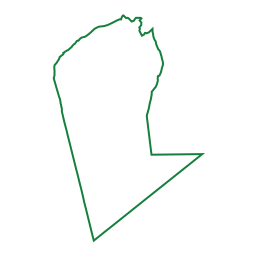 Seme, Nyanza, Kenya
{"feature_id": "3690345B94022064198400", "entity_name": "Seme", "entity_type": "district", "adm_level": 2, "iso_a3": "KEN", "parent_name": "Kenya", "parent_adm1": "Nyanza", "projection": "equal_earth", "projection_center": [34.518, -0.156], "detail": "fine", "context": "isolated", "style": "outline", "palette": "green", "viewbox_px": 256, "rotation_deg": 0, "n_neighbors": 0, "source": "geoboundaries", "source_scale": "gbopen_adm2", "svg_char_len": 3409}
<svg xmlns="http://www.w3.org/2000/svg" viewBox="0 0 256 256"><path d="M54.8,64.8L54.3,66.4L54.3,67.3L54.3,68.2L54.4,68.9L54.4,69.6L54.5,70.3L54.6,70.9L54.5,71.7L54.5,72.5L54.5,73.4L54.5,74.5L54.5,75.2L54.4,75.9L54.2,76.6L53.9,77.3L53.9,78.0L53.8,78.6L59.0,96.5L59.3,97.4L59.6,98.2L60.0,99.1L60.2,100.0L60.3,101.0L60.5,102.1L60.6,103.1L60.7,103.9L61.0,104.6L61.2,105.7L61.3,106.7L61.6,107.6L61.9,108.7L61.9,109.7L61.8,110.7L61.9,111.5L63.3,117.6L63.5,118.3L63.6,119.0L64.3,121.9L65.5,126.5L66.7,130.9L67.4,134.1L69.7,143.2L76.1,168.9L77.3,173.4L79.5,182.4L81.3,189.4L82.7,195.3L84.3,202.5L85.9,208.7L92.2,234.4L93.8,240.6L104.9,231.7L117.9,221.4L121.5,218.5L146.0,198.9L202.2,154.1L151.5,154.7L146.9,117.1L146.8,116.1L147.0,115.0L147.3,113.7L147.8,112.2L148.1,110.7L148.4,110.1L148.7,109.0L148.9,107.8L149.2,106.3L149.4,105.3L149.7,103.7L150.2,101.6L150.5,100.4L150.8,99.5L151.0,98.6L151.1,97.6L151.3,96.7L151.6,95.1L151.7,94.1L151.7,92.9L151.7,92.1L152.0,91.4L152.7,90.7L153.3,89.8L153.7,89.4L154.2,88.7L154.6,88.2L155.2,87.5L155.7,86.9L156.0,86.2L156.5,85.2L156.7,84.6L157.1,83.6L157.2,83.0L157.4,82.4L157.6,81.5L157.8,80.7L157.8,79.9L157.8,79.2L157.7,78.6L157.7,78.0L157.9,77.2L157.8,76.6L158.2,75.9L158.9,75.9L159.4,75.6L159.7,75.1L160.3,73.7L160.8,72.6L161.2,71.2L161.5,70.1L161.7,69.0L161.8,68.3L162.2,67.2L162.4,66.4L162.8,65.6L162.9,64.7L163.0,63.7L162.9,62.6L162.8,61.9L162.6,61.0L162.3,59.8L162.0,58.9L161.8,58.0L161.7,57.3L161.5,56.3L161.1,55.3L160.9,54.4L160.6,53.4L160.4,52.7L160.2,52.0L159.8,51.2L159.5,50.6L159.1,50.1L158.5,49.5L158.0,48.8L157.8,48.2L157.5,47.5L157.2,46.8L156.8,45.8L156.5,45.1L156.2,44.2L156.0,43.1L155.8,42.3L155.7,41.5L155.4,41.0L155.0,40.4L154.6,39.8L154.3,39.2L153.9,38.3L153.6,37.2L153.4,36.4L153.2,35.3L153.1,33.9L152.9,33.3L152.7,32.7L152.6,31.9L152.5,31.1L152.5,30.3L152.5,28.9L148.8,32.4L146.6,33.3L145.8,33.0L145.0,32.9L144.4,33.9L144.0,34.6L143.1,35.0L142.6,35.3L142.0,35.7L141.7,35.2L141.3,34.6L140.5,32.9L140.0,31.9L139.4,30.8L139.5,30.1L139.7,29.6L139.9,28.7L139.3,27.4L139.9,26.7L140.4,26.2L140.9,25.5L141.2,25.0L141.3,24.1L141.3,22.5L140.2,21.1L139.6,20.4L141.4,18.4L140.7,17.9L136.0,17.8L135.0,18.9L134.1,20.3L133.8,20.8L133.4,20.9L132.8,21.0L132.2,21.3L131.7,21.5L131.2,21.1L129.6,19.3L128.9,18.7L128.3,18.1L127.4,17.8L126.8,17.9L126.0,18.0L124.8,16.8L124.3,16.3L123.7,15.7L123.1,15.4L122.7,15.7L122.4,16.3L122.0,16.8L121.7,17.5L121.3,18.4L121.1,19.4L120.5,19.4L119.8,19.3L119.3,19.4L118.9,19.6L118.2,19.9L117.3,20.3L116.9,20.5L116.3,20.7L115.0,21.5L113.6,22.1L113.0,22.5L112.4,22.8L110.7,23.6L110.0,23.9L109.3,24.3L107.9,24.9L107.4,25.1L106.8,25.3L105.7,25.6L103.9,26.1L103.4,26.2L102.9,26.2L98.9,26.7L98.3,26.9L95.1,28.5L94.6,28.8L93.9,29.5L92.9,30.4L92.5,30.8L92.0,31.2L91.2,32.0L90.8,32.4L90.4,32.7L89.6,33.4L89.1,33.8L88.7,34.1L88.2,34.5L87.8,34.9L87.2,35.3L86.5,35.8L86.1,36.1L85.6,36.4L85.1,36.7L84.5,36.9L84.0,37.0L83.4,37.1L82.6,37.3L82.0,37.5L81.6,37.7L81.2,37.9L80.6,38.3L80.1,38.7L79.7,39.1L79.3,39.6L78.9,40.2L78.1,40.8L77.6,40.7L77.0,40.9L76.4,41.6L75.9,42.3L75.4,43.1L75.0,43.6L74.3,44.0L73.7,44.5L73.1,45.1L72.4,45.8L71.9,46.6L71.4,47.3L70.8,47.7L70.2,48.2L69.6,48.7L69.1,49.2L68.7,49.6L68.3,50.0L67.6,50.3L67.0,50.5L66.5,50.8L63.3,52.9L63.6,53.6L63.0,54.5L61.9,55.3L59.6,57.1L59.5,57.8L59.3,58.4L59.0,59.0L58.6,59.7L58.1,60.4L57.8,61.0L57.3,61.7L56.9,62.5L56.4,63.1L55.9,63.7L54.8,64.8Z" fill="none" stroke="#15803d" stroke-width="2"/></svg>